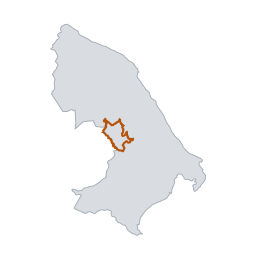 Coronel Portillo, Ucayali, Peru shown in context, rotated 176°
{"feature_id": "86281439B8316055413936", "entity_name": "Coronel Portillo", "entity_type": "district", "adm_level": 2, "iso_a3": "PER", "parent_name": "Peru", "parent_adm1": "Ucayali", "projection": "albers", "projection_center": [-74.152, -8.678], "detail": "fine", "context": "in_parent", "style": "outline", "palette": "amber", "viewbox_px": 256, "rotation_deg": 176, "n_neighbors": 0, "source": "geoboundaries", "source_scale": "gbopen_adm2", "svg_char_len": 8523}
<svg xmlns="http://www.w3.org/2000/svg" viewBox="0 0 256 256"><g transform="rotate(176 128 128)"><path d="M188.2,69.7L188.2,70.5L187.2,70.9L186.3,70.3L185.0,70.5L183.1,68.7L178.4,68.9L176.3,71.0L173.2,71.4L169.9,72.3L166.0,72.7L160.0,76.0L158.6,77.3L155.9,79.3L153.7,79.9L152.6,86.0L150.4,89.5L149.6,91.4L150.7,94.3L150.7,95.8L149.5,96.9L148.5,97.1L146.5,98.3L143.4,101.0L142.9,103.0L143.9,105.7L143.5,106.0L141.0,106.5L141.1,108.0L140.6,108.6L142.7,110.8L143.8,111.3L143.9,111.9L143.7,112.4L143.2,112.6L143.2,113.1L144.7,114.7L145.8,118.0L148.0,119.5L148.1,120.6L148.7,121.6L149.9,122.4L152.5,125.6L152.6,127.1L149.8,130.6L154.4,130.6L159.5,131.8L160.2,132.3L160.8,133.9L160.8,134.9L161.8,135.7L161.7,137.6L168.4,137.7L172.7,137.2L179.7,131.5L180.9,131.1L180.3,132.3L180.2,133.2L180.5,134.2L179.7,135.6L179.5,149.6L180.8,148.9L182.4,150.2L183.6,150.3L187.4,148.7L191.9,149.1L202.0,167.5L201.1,168.7L201.1,169.6L199.8,170.4L198.5,171.9L198.4,179.1L197.3,181.3L197.9,182.5L198.4,184.8L199.3,186.2L199.6,187.1L199.4,187.4L198.0,188.2L197.9,189.5L195.3,192.0L194.8,193.8L193.8,194.4L193.6,196.3L195.9,199.6L194.4,201.5L193.0,204.3L195.3,210.3L196.2,211.1L197.2,211.1L198.7,211.6L199.5,212.5L197.6,213.6L197.3,214.1L197.4,216.1L195.4,217.5L192.6,221.2L191.9,221.4L190.5,222.5L190.2,223.0L190.4,223.6L191.6,224.7L191.7,226.1L189.7,227.7L188.3,227.9L187.8,228.3L188.3,230.6L188.3,231.7L187.9,232.9L186.9,234.2L183.9,235.5L181.3,235.7L176.8,232.3L175.4,230.9L170.9,227.9L170.2,224.9L168.7,223.4L165.9,222.2L163.7,220.7L162.1,219.9L158.0,216.5L154.3,215.4L147.4,211.7L143.7,210.5L138.9,207.1L136.3,206.2L134.2,204.6L127.9,201.3L126.9,200.2L125.9,198.5L124.5,197.5L122.9,195.3L120.6,193.9L118.3,192.2L115.5,187.4L114.2,186.3L114.1,184.1L113.2,183.1L114.5,182.4L115.4,179.0L114.9,177.3L111.7,172.8L111.1,170.9L108.7,167.4L107.8,165.3L105.9,163.8L105.1,162.5L104.1,162.0L104.0,160.3L103.3,157.3L102.2,155.7L98.4,152.9L98.1,149.8L97.2,147.6L91.9,138.8L88.8,130.3L86.2,125.7L85.1,122.9L85.0,121.5L83.0,119.0L82.0,116.7L77.7,112.3L75.1,107.5L74.8,106.0L73.0,103.3L70.2,99.9L68.9,98.5L60.6,94.3L56.6,91.7L56.1,90.3L56.3,89.5L57.2,88.8L58.4,89.3L59.1,89.1L59.6,88.1L59.6,86.7L58.8,84.8L56.1,81.2L56.8,79.5L54.0,75.4L54.6,71.3L55.2,70.2L59.1,66.0L60.2,64.2L61.9,63.1L63.6,61.4L65.7,60.1L66.3,60.5L67.0,62.7L66.9,64.2L67.5,65.8L66.1,67.3L64.5,67.0L63.9,67.4L63.7,68.1L63.9,69.3L64.4,69.7L65.5,69.7L64.0,71.9L64.1,72.4L65.2,72.7L66.3,72.2L67.4,70.9L68.1,70.7L72.2,72.8L74.0,72.5L75.5,73.5L75.7,75.0L77.7,78.0L80.7,78.7L81.2,78.5L81.9,77.3L82.6,77.1L82.7,75.4L85.3,73.6L85.7,72.4L85.3,71.5L85.3,70.8L86.8,66.8L87.3,66.4L87.7,65.1L88.3,64.3L89.2,59.9L89.9,59.9L90.6,60.9L91.4,60.6L90.9,59.6L91.1,59.3L93.9,55.7L94.8,54.9L108.8,49.9L115.8,44.8L121.9,37.7L123.8,30.6L124.5,31.1L125.7,30.9L125.3,28.0L125.6,26.7L125.5,26.3L123.6,24.6L122.8,22.7L121.1,21.6L121.2,21.2L123.0,21.6L124.6,21.4L126.0,20.3L127.0,20.4L129.3,22.0L131.0,22.1L131.6,23.2L133.3,24.1L135.6,26.5L136.7,29.2L136.6,29.7L137.7,31.1L140.0,31.8L142.2,33.8L144.6,34.4L145.7,36.2L146.3,36.7L146.6,37.7L146.3,38.9L146.6,39.6L148.3,40.6L149.8,40.7L150.2,41.2L151.0,44.1L150.4,45.6L150.6,46.5L152.6,47.2L153.2,47.8L154.7,48.0L156.9,47.3L159.6,48.3L161.7,47.9L162.7,47.7L163.7,47.0L164.5,47.1L166.7,45.2L167.3,45.1L169.6,45.9L171.5,47.2L173.9,47.0L174.9,46.2L176.6,45.8L179.7,47.4L180.4,48.1L181.2,48.3L184.6,49.9L185.2,50.5L186.9,51.2L187.3,51.7L187.2,52.2L179.2,64.3L181.6,65.3L183.9,64.7L185.0,65.5L185.9,67.5L187.7,68.9L188.2,69.7Z" fill="#d9dde1" stroke="#a8b0b8" stroke-width="1"/><path d="M149.9,130.6L150.1,130.4L150.0,130.0L150.2,129.9L150.2,130.0L150.5,129.9L150.5,129.7L150.8,129.4L151.0,129.3L151.0,129.1L151.1,128.9L151.4,128.5L151.5,128.4L151.8,128.5L151.9,128.4L152.0,128.3L152.2,128.0L152.1,127.9L151.9,127.8L152.1,127.8L152.2,127.6L152.3,127.6L152.6,127.5L152.6,127.4L152.9,127.1L152.9,126.8L152.8,126.5L152.9,126.3L152.9,126.1L152.7,125.8L152.7,125.7L152.9,125.6L152.6,125.5L152.2,124.7L151.8,124.7L151.6,124.6L151.4,124.3L151.4,124.1L151.3,123.8L151.1,123.8L150.9,123.6L150.9,123.2L150.7,122.9L150.6,122.7L150.3,122.1L150.1,122.0L149.9,122.0L149.7,122.1L149.3,122.0L149.3,121.9L149.1,121.8L148.9,121.7L148.7,121.3L148.6,121.2L148.4,121.1L148.2,121.0L148.3,120.2L148.4,119.5L147.9,119.5L147.9,119.4L147.7,119.4L147.5,119.0L147.3,119.0L147.1,118.9L146.6,118.4L146.2,118.3L146.2,118.1L145.9,118.0L146.1,117.7L146.0,117.4L146.1,117.1L145.7,116.8L145.4,116.7L145.6,116.5L145.5,116.4L145.4,116.2L145.3,115.8L145.4,115.4L145.4,115.2L145.2,115.1L144.9,114.6L145.1,114.3L145.0,114.1L144.9,114.1L144.5,114.0L144.3,113.8L144.3,113.7L144.2,113.6L144.0,113.3L143.9,113.4L143.8,113.5L143.7,113.3L143.6,113.0L143.4,113.0L143.2,112.8L143.3,112.6L143.3,112.3L143.4,112.2L143.4,112.3L143.6,112.3L143.8,112.4L144.0,112.4L144.3,112.2L144.3,111.7L144.3,111.4L144.2,111.1L143.9,110.8L143.7,110.9L143.6,110.7L143.3,110.7L142.9,110.5L142.7,110.5L142.7,110.3L142.5,110.2L142.5,109.9L142.3,110.1L142.1,110.0L142.0,109.8L141.7,109.6L141.8,109.5L141.8,109.4L141.9,109.2L141.6,109.1L141.5,108.9L141.2,108.9L141.1,108.7L140.8,108.7L140.8,108.4L140.6,108.2L140.4,108.1L140.4,107.9L140.2,107.7L140.1,107.4L139.8,107.2L139.2,106.9L138.9,106.7L138.5,106.3L137.8,106.3L137.6,106.1L137.3,106.2L136.5,106.1L136.3,106.0L136.2,105.8L135.7,105.8L135.5,105.6L135.4,105.7L135.1,105.6L135.0,105.3L134.7,105.2L134.6,105.3L134.3,105.5L134.3,105.8L134.1,106.1L133.9,106.3L133.8,106.9L133.6,107.1L133.4,107.2L133.2,107.8L133.0,108.0L133.0,108.7L133.5,109.3L133.7,109.5L133.8,109.6L133.9,110.0L133.7,110.2L133.8,110.4L134.0,110.9L134.2,111.0L134.4,111.0L134.5,111.1L134.5,111.3L134.3,111.4L133.9,111.7L133.6,112.3L133.4,112.9L133.2,113.2L132.8,113.2L132.3,113.6L132.1,113.7L131.5,114.4L131.0,114.6L130.7,114.6L130.5,114.8L130.2,114.9L129.4,114.0L129.1,113.5L128.8,113.5L128.5,113.3L128.1,113.4L127.8,113.6L127.2,113.6L127.1,113.9L126.9,114.0L126.7,114.1L126.7,114.3L126.6,114.5L126.7,114.8L126.5,115.0L126.4,115.1L126.4,115.4L126.1,115.5L125.8,115.6L125.5,115.4L125.1,115.5L124.8,115.4L124.5,115.5L124.2,115.9L123.9,115.9L123.8,116.0L123.6,116.4L123.7,116.5L123.8,116.6L124.0,116.7L124.0,116.8L124.3,116.7L124.5,116.8L125.0,116.8L125.7,117.0L126.1,116.8L126.3,116.7L126.5,116.9L126.9,117.0L127.1,117.0L127.3,117.1L127.6,117.0L127.9,117.1L128.1,117.2L128.4,117.6L128.6,118.2L128.8,118.4L128.8,118.5L128.7,118.5L128.8,118.6L128.7,118.7L128.5,118.8L128.6,119.1L128.7,119.3L128.8,119.3L128.8,119.5L128.9,119.9L129.0,119.9L129.0,120.0L129.3,120.3L129.4,120.6L129.5,120.7L129.5,120.8L129.6,121.0L129.3,121.7L129.4,122.2L129.6,122.3L129.5,122.6L129.6,122.8L129.5,123.1L129.3,123.4L129.4,124.1L129.6,124.0L130.1,123.4L130.5,123.1L130.6,122.9L130.7,122.1L130.8,121.9L130.7,121.7L131.3,121.3L132.6,120.7L132.8,120.5L133.2,120.4L133.8,120.4L134.2,120.8L134.3,121.3L134.4,122.8L134.4,123.0L133.9,123.2L133.7,123.5L133.4,123.7L133.3,124.4L133.1,124.7L133.0,125.4L133.0,125.6L132.9,125.7L132.8,125.9L133.0,126.3L132.9,126.5L132.7,126.8L132.7,127.0L133.1,127.1L133.1,127.6L133.3,128.2L133.4,128.5L133.7,128.8L133.7,129.1L133.3,129.8L133.3,130.0L133.2,130.1L132.9,130.0L132.7,130.3L132.6,130.5L132.3,130.7L132.4,130.8L132.5,130.8L132.8,131.1L133.3,131.1L133.5,131.3L133.8,131.3L133.8,131.6L133.7,131.7L133.9,132.1L133.9,132.5L134.3,132.6L134.8,132.7L134.9,133.0L134.9,133.4L134.9,133.8L135.0,134.3L135.3,134.5L135.4,134.9L135.3,135.9L135.3,136.0L135.5,136.0L135.7,136.3L135.8,136.5L135.7,136.7L135.8,136.7L135.7,136.8L135.8,137.0L136.0,136.7L136.4,136.3L136.4,136.2L136.2,136.0L136.3,135.7L136.6,135.9L136.7,135.6L136.8,135.5L136.9,135.2L137.1,135.2L137.6,134.8L138.1,134.8L138.4,134.7L138.6,134.3L138.9,134.0L139.1,134.0L139.4,134.1L139.8,134.0L139.8,133.8L140.0,133.4L140.7,133.2L141.0,132.9L141.7,132.8L142.0,132.7L142.7,131.9L143.3,132.0L143.6,132.1L144.2,131.9L144.5,132.1L144.5,132.4L144.7,132.7L145.1,133.3L145.6,133.5L146.0,134.1L146.7,134.6L146.9,135.1L147.6,135.4L147.9,135.4L147.8,135.7L147.9,135.9L148.6,136.2L148.9,136.8L149.1,136.9L149.6,137.2L149.7,137.5L149.9,137.6L150.0,137.7L149.9,138.1L149.9,138.4L150.1,138.6L150.4,138.2L151.0,137.6L151.1,137.4L151.3,137.4L151.4,137.2L151.1,136.9L150.9,136.6L150.9,136.4L151.1,136.2L150.3,135.9L149.9,136.0L149.8,135.8L149.6,135.7L149.5,135.3L149.5,135.1L149.4,135.0L149.4,134.6L149.4,134.3L149.3,134.1L149.1,134.0L149.0,133.8L149.1,133.7L149.3,133.5L149.5,133.4L149.7,133.5L149.7,133.4L149.6,133.2L149.7,132.5L149.9,132.4L149.9,132.1L150.0,131.9L149.9,131.7L149.8,131.4L150.0,131.2L149.8,130.9L150.0,130.7L149.9,130.6Z" fill="none" stroke="#b45309" stroke-width="2"/></g></svg>